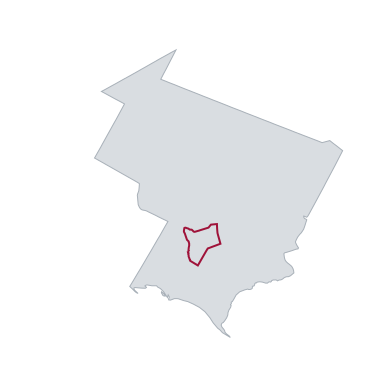 Aoujeft, Adrar, Mauritania (highlighted), rotated 300°
{"feature_id": "47542326B38912627875653", "entity_name": "Aoujeft", "entity_type": "district", "adm_level": 2, "iso_a3": "MRT", "parent_name": "Mauritania", "parent_adm1": "Adrar", "projection": "albers", "projection_center": [-13.419, 19.526], "detail": "fine", "context": "in_parent", "style": "outline", "palette": "rose", "viewbox_px": 384, "rotation_deg": 300, "n_neighbors": 0, "source": "geoboundaries", "source_scale": "gbopen_adm2", "svg_char_len": 4138}
<svg xmlns="http://www.w3.org/2000/svg" viewBox="0 0 384 384"><g transform="rotate(300 192 192)"><path d="M169.4,319.4L168.9,319.3L166.8,317.8L165.8,316.1L164.1,314.8L161.8,313.9L160.3,312.9L159.6,311.8L158.7,311.0L157.9,310.6L157.8,310.2L158.0,309.7L157.8,308.6L156.4,306.3L155.1,305.3L154.1,305.4L153.5,305.2L153.1,304.7L152.9,303.9L152.2,303.3L150.9,303.0L149.9,301.3L149.2,298.1L148.2,295.7L146.9,293.9L146.1,293.3L145.4,293.2L145.2,292.9L145.0,292.4L144.1,292.2L142.7,292.7L141.5,292.6L140.9,291.7L140.1,291.6L139.0,292.3L137.9,292.1L136.6,291.0L135.9,289.9L135.8,288.8L133.6,286.6L129.4,283.2L124.8,281.7L119.9,281.8L117.1,281.7L116.5,281.1L115.9,281.2L115.2,281.8L114.6,281.9L113.9,281.6L113.5,281.8L113.3,282.6L111.5,283.1L108.2,283.0L105.5,283.5L103.4,284.5L100.5,284.9L96.8,284.7L94.5,284.3L93.8,283.7L92.7,283.5L91.3,283.8L90.0,285.4L88.9,288.4L87.9,290.0L87.2,290.4L86.4,292.6L85.9,296.3L85.2,297.9L85.4,288.7L86.5,285.3L86.9,282.3L89.3,275.7L92.1,270.3L94.8,263.1L95.8,256.1L95.6,249.3L95.0,243.2L93.8,239.1L92.6,233.2L90.9,230.1L87.6,227.4L86.9,225.8L87.7,225.2L89.7,224.9L91.0,222.8L88.3,223.5L91.5,217.2L92.6,212.8L92.5,209.9L93.1,208.2L90.8,204.3L89.0,199.4L88.1,198.6L87.1,198.2L87.0,199.3L86.5,200.3L85.3,199.7L83.4,196.1L80.7,190.3L79.7,189.7L78.8,190.5L78.3,191.3L77.2,196.0L77.0,194.1L77.4,191.9L78.2,189.1L79.1,185.3L81.5,185.4L85.9,185.5L94.6,185.6L99.0,185.7L107.8,185.8L112.2,185.8L120.9,185.9L125.3,185.9L134.0,185.9L138.4,186.0L147.2,185.9L151.5,185.9L154.4,185.9L154.3,183.2L154.1,181.1L153.9,178.2L153.7,175.3L153.6,172.4L153.4,169.7L153.2,167.0L153.0,164.5L152.9,162.2L152.6,160.8L151.7,158.2L151.5,156.9L151.8,155.5L152.4,154.2L154.1,151.8L156.6,150.0L159.6,147.9L161.8,146.3L163.0,145.9L166.5,145.3L169.2,144.1L171.9,142.8L173.0,142.2L173.1,140.0L172.7,90.6L185.9,90.5L189.3,90.4L213.5,90.0L216.9,90.0L234.5,89.5L234.5,87.2L234.4,83.9L234.2,79.3L234.1,74.7L233.9,66.7L233.8,63.3L237.3,65.5L244.3,69.7L247.9,71.9L255.0,76.1L262.1,80.4L269.2,84.6L272.8,86.7L276.3,88.8L279.9,90.9L283.5,93.0L290.7,97.2L293.7,99.0L298.3,101.8L302.7,104.4L307.0,107.1L300.5,107.4L291.8,107.8L285.8,108.1L279.7,108.3L274.0,108.6L274.7,113.2L275.4,118.3L276.2,123.3L276.9,128.4L277.6,133.4L279.9,148.6L280.6,153.6L281.4,158.7L282.1,163.8L282.9,168.8L284.4,178.9L285.1,184.0L285.9,189.1L286.7,194.1L287.4,199.2L288.2,204.3L289.7,214.4L290.5,219.5L291.3,224.5L292.0,229.6L292.8,234.7L293.6,239.7L294.4,244.8L295.1,249.8L296.7,260.0L297.5,265.0L298.3,270.1L299.1,275.1L299.8,280.0L302.3,282.5L305.4,285.6L304.7,290.3L304.0,295.8L303.1,301.8L294.9,302.2L286.9,302.6L266.7,303.3L262.7,303.5L242.5,304.1L238.5,304.2L230.7,304.4L228.4,304.3L227.5,303.9L227.1,300.8L226.5,301.0L225.7,301.9L225.3,302.9L225.5,304.2L225.3,305.3L222.8,305.8L219.3,306.6L215.6,307.3L211.9,307.1L210.6,306.9L209.2,306.5L206.3,306.1L204.7,306.1L202.8,306.2L200.6,306.5L199.9,307.1L198.3,309.4L196.8,312.2L195.7,312.2L194.5,310.7L191.3,308.0L187.4,304.4L185.6,302.6L184.6,302.4L182.8,303.7L181.2,305.0L179.6,306.7L178.8,308.4L178.3,310.4L178.0,312.8L177.4,315.6L176.1,317.8L174.5,319.5L173.3,320.3L172.9,320.7L169.4,319.4ZM89.8,218.8L88.5,220.8L88.0,220.0L87.8,218.7L88.9,216.8L89.4,215.9L90.4,215.5L89.8,218.8Z" fill="#d9dde1" stroke="#a8b0b8" stroke-width="1"/><path d="M131.3,233.8L144.2,233.8L148.5,233.8L151.0,233.9L161.4,242.5L167.7,236.1L168.0,235.8L169.0,234.8L169.5,234.4L172.5,232.3L176.7,229.6L173.2,224.7L169.4,224.1L162.7,217.9L162.4,217.7L159.0,214.4L158.6,213.8L158.6,213.0L158.9,212.0L159.2,210.8L159.0,210.0L158.3,208.8L158.5,207.2L158.1,205.6L158.0,204.8L157.7,203.9L157.0,203.4L154.3,204.4L153.5,204.9L152.9,205.9L152.1,207.0L151.1,208.1L149.1,210.4L148.9,210.6L148.1,211.6L147.5,213.8L146.8,214.4L146.1,215.2L144.3,216.3L142.2,217.0L140.2,217.9L139.9,218.1L139.8,218.3L139.6,218.2L139.0,218.4L137.9,219.0L137.7,219.0L137.4,219.4L137.3,219.5L137.2,219.4L137.0,219.5L137.0,219.4L136.9,219.5L136.6,219.7L136.5,219.8L136.1,220.0L135.8,220.5L135.6,220.7L135.2,220.9L134.9,221.0L134.3,221.5L133.8,222.2L133.1,223.0L132.9,223.1L132.5,223.8L132.4,224.1L132.0,224.2L131.5,224.9L131.3,233.8Z" fill="none" stroke="#9f1239" stroke-width="2"/></g></svg>